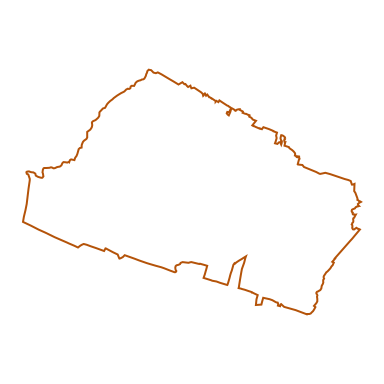 the district of Temoac, Morelos, Mexico
{"feature_id": "50627088B73739880826437", "entity_name": "Temoac", "entity_type": "district", "adm_level": 2, "iso_a3": "MEX", "parent_name": "Mexico", "parent_adm1": "Morelos", "projection": "orthographic", "projection_center": [-98.785, 18.76], "detail": "fine", "context": "isolated", "style": "outline", "palette": "amber", "viewbox_px": 384, "rotation_deg": 0, "n_neighbors": 0, "source": "geoboundaries", "source_scale": "gbopen_adm2", "svg_char_len": 5938}
<svg xmlns="http://www.w3.org/2000/svg" viewBox="0 0 384 384"><path d="M23.0,221.9L30.8,225.6L38.6,229.6L45.5,232.7L54.7,237.2L66.9,242.5L68.8,243.4L74.2,245.7L78.0,247.5L80.0,245.9L81.6,244.9L83.6,244.0L83.8,244.0L86.8,244.8L90.5,246.2L96.1,248.1L104.1,251.0L105.5,248.4L106.3,248.6L106.7,248.9L113.1,252.3L117.7,254.5L119.3,258.5L119.6,258.6L120.9,258.1L122.8,257.1L124.7,255.2L134.3,258.6L139.3,260.5L146.8,263.1L149.4,263.9L155.9,265.8L161.1,267.2L164.0,268.2L170.4,270.7L174.5,272.2L175.3,272.2L175.8,271.9L176.2,271.5L176.3,270.9L175.7,270.1L175.4,268.9L175.3,267.5L175.6,266.2L176.5,265.3L178.5,264.8L180.0,264.1L180.6,262.9L182.6,262.1L186.7,262.6L188.6,262.8L190.1,262.3L191.4,262.1L198.0,263.7L199.4,264.0L199.9,263.7L204.5,265.0L207.2,265.8L205.9,270.6L205.8,270.8L204.8,274.4L203.6,277.9L211.3,280.3L212.1,280.7L216.5,281.5L220.0,282.8L227.3,285.0L227.4,284.9L228.2,282.6L229.6,277.7L230.1,275.6L230.8,273.2L231.8,270.5L233.4,264.8L234.5,263.3L234.9,263.7L235.3,263.4L236.2,262.5L238.9,260.7L242.1,258.8L243.3,258.0L245.9,256.4L245.3,258.1L244.6,261.0L244.1,262.9L241.9,269.0L241.2,272.8L239.9,280.5L239.3,284.3L238.9,287.0L238.6,288.1L241.2,288.7L241.9,289.0L244.6,289.7L249.0,291.2L250.6,291.7L251.9,292.2L251.9,292.6L252.1,292.7L252.7,292.7L254.7,293.7L257.7,295.1L256.5,299.2L255.9,305.0L261.4,304.6L262.1,301.7L263.2,297.8L269.6,299.2L272.4,300.2L275.7,302.1L276.7,302.5L277.7,302.6L278.0,303.3L278.2,304.5L277.9,305.6L280.1,306.2L280.5,304.5L281.1,304.1L284.2,306.9L295.6,310.1L306.8,314.3L306.9,314.0L309.3,314.0L310.7,313.5L311.7,312.4L313.0,311.2L314.1,309.5L315.4,307.1L314.0,305.9L316.3,303.2L317.3,301.4L317.3,298.8L317.0,296.7L317.4,295.4L317.1,294.5L316.8,294.1L316.4,293.6L316.4,292.6L317.0,291.8L318.3,291.3L319.3,290.6L320.3,290.1L320.8,289.2L321.3,288.6L321.7,286.0L322.3,284.8L322.8,284.0L323.3,282.5L323.2,281.9L323.2,280.9L323.2,280.0L324.1,278.6L323.8,278.0L323.6,277.0L323.9,276.0L325.0,274.3L325.6,273.5L326.2,272.4L327.3,271.6L328.4,270.5L330.3,268.4L331.0,267.3L331.4,266.5L332.6,265.3L333.8,262.6L332.3,261.8L335.1,258.6L334.8,258.4L350.1,241.0L352.3,238.6L354.6,235.8L359.9,229.5L358.7,228.9L358.0,228.9L356.4,227.8L354.0,229.5L352.9,229.3L352.4,228.4L352.2,227.9L352.4,227.5L352.3,227.1L352.4,226.7L352.3,225.2L351.7,224.5L352.1,223.8L352.3,223.0L353.0,222.4L353.3,221.7L353.3,219.9L353.1,219.2L353.2,218.7L353.5,218.1L353.8,218.0L354.3,217.6L354.6,216.8L355.8,214.6L355.1,214.7L354.2,214.4L353.5,214.6L353.0,214.4L352.6,213.8L352.8,212.6L351.9,211.9L351.6,211.0L352.0,209.7L352.7,209.3L354.9,208.4L355.7,207.2L356.7,206.8L357.1,206.4L358.0,206.4L358.3,206.1L359.0,206.0L358.7,205.7L358.3,205.3L357.9,204.0L359.0,203.0L359.8,202.4L360.5,202.2L361.0,201.9L360.4,201.5L358.9,201.0L358.2,200.2L357.4,199.9L357.5,198.9L357.3,198.0L355.4,192.9L354.2,191.1L354.5,183.9L352.8,184.6L351.9,184.6L350.7,181.0L348.3,180.0L344.6,179.0L339.6,177.3L330.1,174.1L325.3,172.8L322.7,173.4L320.2,173.9L319.4,173.7L316.2,172.0L304.0,167.0L302.4,165.0L297.9,164.5L297.7,164.3L298.9,159.8L299.5,158.9L299.3,158.7L299.2,157.5L299.1,156.5L297.4,156.3L297.4,157.2L296.8,157.1L296.4,156.7L295.5,155.7L294.9,155.5L295.2,154.2L295.0,153.2L293.8,151.6L292.6,150.5L292.3,150.2L290.0,148.6L289.3,148.0L288.9,147.1L284.5,145.7L285.2,142.3L285.3,142.1L284.6,142.0L284.3,140.9L284.2,140.3L284.7,139.7L284.9,139.3L284.5,139.2L285.0,137.4L283.4,135.9L281.8,135.2L281.2,135.2L280.7,137.2L280.5,138.3L281.2,140.8L281.9,141.2L281.7,143.0L281.2,144.6L280.8,143.7L281.1,143.2L281.0,142.7L281.2,142.1L281.1,141.9L278.9,142.4L277.4,143.9L275.0,143.3L275.9,140.8L276.0,140.2L276.4,139.1L276.6,138.2L276.6,137.8L276.1,135.6L277.0,132.6L273.7,131.4L273.8,131.2L273.7,131.1L269.0,129.1L263.4,127.2L261.9,129.2L259.9,128.4L259.8,128.7L255.6,126.9L253.5,125.8L253.3,126.0L252.3,125.4L256.0,120.8L252.7,119.5L251.9,118.4L251.4,117.8L249.2,116.6L249.6,115.3L248.7,114.9L248.1,114.9L246.3,113.9L245.7,113.9L245.2,113.8L245.0,113.7L242.6,112.8L243.0,111.8L242.7,111.4L239.8,109.9L239.8,109.2L238.5,109.3L236.9,109.7L236.2,110.1L235.7,110.5L235.6,110.8L235.2,110.7L234.3,109.7L232.1,108.4L231.4,108.1L230.2,112.3L228.8,115.4L227.7,114.6L226.7,113.3L227.3,111.9L229.2,112.2L231.1,108.0L230.1,107.2L229.2,106.8L228.3,105.9L227.4,105.7L222.2,102.3L219.4,100.4L218.4,102.1L216.4,100.9L215.6,101.8L215.6,101.1L215.2,100.7L211.6,98.3L211.5,98.5L209.4,97.0L209.1,97.1L207.3,94.6L206.1,95.7L205.0,93.4L204.8,93.4L203.7,95.3L203.2,95.8L202.7,93.8L201.1,92.3L194.2,87.7L191.4,88.3L190.9,87.2L190.4,85.7L188.1,87.0L187.3,86.3L185.4,84.0L184.4,84.2L182.4,82.2L178.5,84.5L173.4,81.4L169.1,78.9L161.6,74.4L157.8,72.4L155.9,73.2L153.5,72.6L151.2,70.2L148.7,69.7L147.3,71.2L147.0,72.7L146.4,73.8L146.1,74.7L145.8,75.9L145.3,76.9L144.3,78.7L143.1,79.4L141.9,79.5L140.5,80.3L139.4,80.5L137.3,81.3L135.7,82.7L134.8,84.6L134.1,85.9L131.7,85.8L130.7,86.5L130.3,88.3L129.0,89.0L127.8,88.7L126.1,89.6L125.1,90.7L124.3,91.5L122.8,92.3L121.3,93.0L119.8,93.9L117.1,95.6L113.7,98.1L112.4,99.4L110.2,101.0L108.3,102.8L107.0,104.3L105.1,107.8L102.9,108.5L100.7,110.9L99.8,111.8L99.4,112.5L99.4,113.3L99.3,115.9L98.4,117.4L97.7,118.2L95.5,120.1L93.2,121.1L92.3,121.8L91.9,122.7L92.2,124.6L92.2,125.6L91.7,127.5L90.3,129.6L87.2,131.9L87.2,137.5L86.4,139.0L84.5,140.3L83.7,141.0L82.9,142.0L82.2,143.7L81.7,145.1L81.6,147.6L79.9,148.0L78.7,149.1L77.4,153.8L76.5,156.0L75.2,157.7L74.4,160.1L71.1,159.4L69.9,160.2L69.2,162.2L68.9,161.9L68.3,162.1L67.5,162.5L66.8,162.5L65.8,162.3L63.5,162.1L63.0,162.5L62.3,163.3L61.4,165.4L59.8,166.6L57.9,166.9L56.5,167.3L55.9,167.7L54.7,168.2L53.4,168.3L52.4,167.7L51.0,167.3L49.5,167.8L46.3,168.0L44.1,168.0L43.5,168.4L42.9,169.6L42.5,172.4L42.9,173.4L43.4,176.4L42.4,177.7L41.5,177.8L40.1,177.5L37.9,176.8L35.8,175.6L35.3,173.6L33.4,172.4L32.0,172.3L30.8,172.1L29.0,171.4L27.1,171.6L26.4,172.2L26.8,173.8L28.3,174.5L29.8,179.0L29.7,180.7L28.5,188.9L26.7,204.0L25.4,210.5L23.9,216.7L23.0,221.9Z" fill="none" stroke="#b45309" stroke-width="2"/></svg>